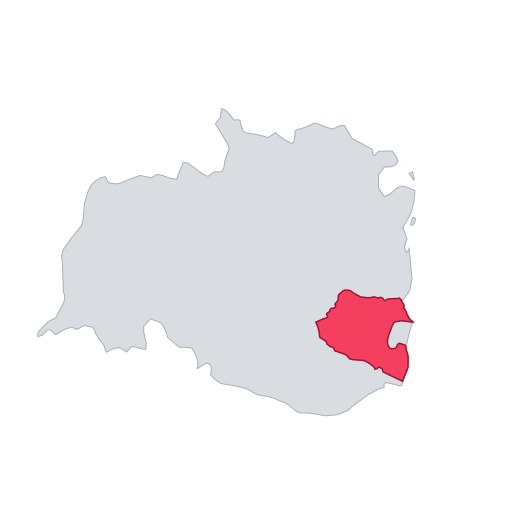 location of Batdâmbâng within Cambodia, rotated 201°
{"feature_id": "KHM-1778", "entity_name": "Batdâmbâng", "entity_type": "Province", "adm_level": 1, "iso_a3": "KHM", "parent_name": "Cambodia", "parent_adm1": "", "projection": "albers", "projection_center": [103.119, 12.947], "detail": "fine", "context": "in_parent", "style": "filled", "palette": "rose", "viewbox_px": 512, "rotation_deg": 201, "n_neighbors": 0, "source": "natural_earth", "source_scale": "10m", "svg_char_len": 4995}
<svg xmlns="http://www.w3.org/2000/svg" viewBox="0 0 512 512"><g transform="rotate(201 256 256)"><path d="M430.9,102.5L432.1,106.4L429.3,113.8L426.3,120.6L420.7,126.5L420.4,130.9L418.7,143.8L419.5,147.8L420.9,151.3L422.8,153.2L428.1,165.7L432.8,177.0L437.5,186.4L438.4,192.3L434.5,207.4L429.9,221.4L430.4,228.3L432.6,235.1L435.0,244.3L436.0,256.1L435.0,263.8L432.9,268.6L428.8,273.5L425.1,276.1L420.7,272.0L417.2,271.9L412.5,273.2L408.9,275.2L401.5,282.5L393.3,289.6L381.8,291.5L377.4,296.8L372.6,297.6L363.5,297.9L357.5,299.2L357.8,301.8L357.5,314.1L357.7,317.0L356.7,317.8L352.6,318.2L345.6,316.4L336.1,313.5L329.4,313.1L326.0,318.5L323.9,320.6L321.4,320.9L318.7,321.9L317.8,324.3L317.6,327.3L319.0,332.4L319.6,340.5L319.3,346.1L321.8,349.6L336.4,361.2L340.7,364.1L341.2,365.8L338.8,372.3L341.1,381.3L336.6,381.1L329.0,377.4L325.3,375.0L321.0,377.0L319.4,376.6L316.4,372.2L312.5,367.7L308.5,367.5L300.1,369.4L291.4,370.7L288.2,370.7L286.8,371.5L281.9,378.3L279.7,377.2L271.0,374.7L263.1,373.8L261.5,375.5L262.5,381.0L264.3,386.3L263.2,388.6L258.9,391.5L253.2,396.6L249.7,400.6L247.2,401.6L238.4,401.4L229.7,402.0L226.2,405.8L222.9,408.7L220.1,409.5L208.6,400.3L185.9,397.2L183.4,393.1L181.2,392.4L179.1,397.6L166.7,402.8L161.4,399.7L157.6,396.0L158.2,391.4L161.8,387.7L168.0,385.1L170.8,375.7L166.1,363.8L161.9,360.3L157.6,357.6L153.0,362.0L149.1,369.6L145.1,373.5L139.4,374.4L131.1,374.1L127.9,362.7L126.8,353.0L127.9,341.9L129.2,335.3L121.2,326.2L120.8,317.6L116.9,313.1L115.8,315.4L115.9,317.8L114.8,316.0L102.2,290.6L100.1,278.9L102.3,269.8L103.6,266.8L100.0,262.0L94.9,256.6L85.9,249.4L85.3,238.2L83.3,225.0L80.6,220.5L76.5,212.3L74.3,205.5L73.6,187.7L74.8,186.2L81.1,185.7L89.3,184.5L90.6,181.6L89.2,179.2L94.4,175.2L101.9,166.3L107.7,157.1L111.8,151.2L114.3,145.4L122.7,137.2L134.3,131.5L142.1,130.2L150.3,128.3L158.1,125.5L161.8,125.2L171.6,128.5L176.8,129.4L182.4,129.3L188.1,129.6L193.1,129.3L205.0,126.9L217.6,128.7L228.9,127.2L242.9,124.4L249.7,126.0L256.0,128.7L256.9,134.1L258.4,136.6L260.5,138.5L263.3,138.5L266.8,134.7L269.7,130.7L270.7,130.0L270.9,131.9L272.4,136.1L275.1,140.3L277.8,143.0L282.3,146.7L285.3,146.8L294.8,143.3L309.2,148.2L310.9,150.7L315.6,155.8L320.6,159.4L331.8,159.5L335.7,150.4L333.7,144.9L327.2,135.4L325.4,129.7L327.4,128.7L338.2,127.5L339.9,126.3L342.3,120.0L345.2,120.7L351.2,121.5L357.4,117.1L361.1,112.6L363.2,114.6L365.5,117.7L367.9,119.5L372.5,122.1L377.6,125.9L380.8,129.5L383.3,131.0L389.7,129.8L391.4,129.9L395.0,125.4L397.6,122.9L399.8,123.5L403.1,123.4L409.7,117.6L413.4,112.2L415.5,110.8L421.5,113.3L423.9,112.7L427.2,105.4L430.9,102.5ZM123.6,347.8L122.4,348.4L121.2,348.4L120.0,347.4L120.1,343.3L121.0,340.8L123.0,340.3L123.6,347.8ZM142.6,387.9L140.1,390.7L136.0,385.0L136.0,383.4L142.6,387.9Z" fill="#d9dde1" stroke="#a8b0b8" stroke-width="1"/><path d="M104.1,266.8L104.0,266.1L103.2,265.2L101.0,264.0L100.1,262.9L99.9,262.4L99.8,261.2L99.5,260.6L99.0,260.1L97.3,259.1L92.0,253.7L90.0,252.2L86.0,250.9L85.6,250.6L87.1,250.1L97.0,247.7L102.5,244.4L103.5,242.6L103.8,239.6L103.8,230.4L103.4,226.1L102.6,223.0L101.3,220.7L99.6,218.9L98.0,218.0L96.3,217.9L94.9,218.4L93.5,219.3L92.5,220.6L92.2,221.8L92.2,223.2L91.9,224.7L91.3,225.6L90.1,226.0L89.2,226.1L87.1,226.1L85.3,226.4L84.1,225.6L83.4,224.7L82.3,222.4L79.2,218.7L77.8,216.3L74.2,206.7L74.1,201.5L74.5,197.2L74.3,191.8L74.3,191.6L76.2,191.7L95.8,193.3L97.7,195.9L100.4,196.4L101.0,196.5L102.5,194.8L103.0,194.0L104.2,192.9L105.3,194.1L107.5,195.2L113.4,196.7L118.0,197.1L119.0,196.8L128.2,194.0L131.6,193.6L132.5,193.8L134.0,194.8L135.9,195.7L137.9,196.1L148.5,195.7L149.9,197.3L150.4,197.7L151.0,198.1L152.0,198.3L154.3,197.9L156.6,198.8L157.7,199.0L158.0,199.1L158.4,199.4L159.2,200.6L159.6,201.0L160.2,201.3L161.2,201.7L166.8,202.7L167.8,203.6L169.6,207.2L172.3,211.3L176.4,215.7L171.0,221.2L168.2,223.4L167.9,223.7L167.6,224.1L167.5,224.7L167.7,225.3L168.0,225.8L168.3,226.1L168.8,226.4L169.1,226.7L169.3,227.3L169.2,228.1L168.0,229.8L167.6,230.4L167.5,231.3L167.5,231.7L167.6,232.3L167.6,232.9L167.4,233.4L166.8,234.1L166.4,234.5L165.9,234.7L164.5,235.3L164.3,235.5L164.0,235.9L163.7,236.6L163.6,237.5L163.8,238.2L164.1,238.6L164.6,238.8L164.8,238.9L164.9,239.1L165.0,239.3L165.0,239.5L165.0,239.9L163.6,243.7L163.6,244.3L164.1,246.1L164.5,247.1L165.0,248.9L165.0,249.2L164.9,249.5L164.5,250.6L163.1,252.8L162.9,253.2L162.9,253.3L162.2,254.7L161.8,255.2L161.1,255.8L160.0,256.4L157.9,257.1L155.5,257.4L150.7,256.2L144.0,255.3L142.6,255.5L136.8,257.1L133.8,258.4L132.2,259.5L131.0,260.2L130.2,260.3L128.2,260.4L126.9,260.7L126.3,260.9L126.0,261.1L125.8,261.5L125.6,261.7L125.3,261.9L124.8,262.0L124.1,262.1L123.6,262.2L123.1,262.1L122.7,262.0L121.9,261.7L120.9,260.9L120.5,260.5L120.4,260.4L120.0,260.4L119.7,260.5L118.4,262.1L117.6,263.1L117.1,263.4L113.3,265.0L112.0,265.7L111.0,266.1L110.3,266.3L109.6,266.4L109.1,266.7L107.9,267.7L107.4,268.0L107.0,268.0L106.6,268.0L106.4,267.9L106.2,267.8L105.8,267.5L104.1,266.8Z" fill="#f43f5e" stroke="#9f1239" stroke-width="1.5"/></g></svg>